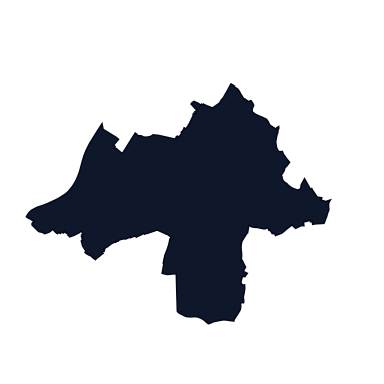 outline of Eijsden-Margraten, Limburg, Netherlands, rotated 31°
{"feature_id": "6326949B98773621915630", "entity_name": "Eijsden-Margraten", "entity_type": "district", "adm_level": 2, "iso_a3": "NLD", "parent_name": "Netherlands", "parent_adm1": "Limburg", "projection": "albers", "projection_center": [5.788, 50.805], "detail": "fine", "context": "isolated", "style": "filled", "palette": "ink", "viewbox_px": 384, "rotation_deg": 31, "n_neighbors": 0, "source": "geoboundaries", "source_scale": "gbopen_adm2", "svg_char_len": 5959}
<svg xmlns="http://www.w3.org/2000/svg" viewBox="0 0 384 384"><g transform="rotate(31 192 192)"><path d="M79.7,179.8L79.4,190.9L79.2,203.0L79.4,205.9L79.8,210.8L80.7,216.4L82.3,222.7L85.1,232.3L85.9,236.6L86.2,238.7L86.5,241.1L86.7,244.5L86.6,249.0L85.9,253.8L85.5,255.8L84.6,258.7L81.5,265.0L79.5,268.5L75.1,274.9L73.9,276.7L70.2,281.3L67.0,285.0L65.3,287.8L63.9,290.2L63.0,293.1L62.7,295.6L62.8,298.6L65.7,298.7L66.2,298.7L66.8,298.3L67.2,298.3L68.8,298.6L70.9,298.2L71.2,298.5L71.3,298.8L71.2,300.0L71.2,301.7L71.6,302.1L71.9,302.7L80.9,304.8L81.3,304.8L82.6,304.3L85.3,303.5L86.9,303.7L87.4,303.4L89.4,301.0L90.3,299.8L91.1,298.0L91.9,295.5L94.2,296.4L95.8,296.8L97.2,297.0L98.3,296.9L98.8,295.3L100.6,295.3L100.9,293.3L102.8,293.5L103.4,291.3L104.1,291.8L104.7,292.0L104.9,291.9L105.6,292.0L105.8,291.0L106.3,291.0L106.2,291.2L107.7,291.6L107.6,292.8L110.5,293.4L110.8,292.7L111.1,292.4L112.9,290.3L115.9,285.7L116.2,285.1L117.1,282.5L119.8,283.9L120.8,284.6L119.6,285.3L120.7,286.1L120.0,286.9L121.5,287.9L121.7,287.7L122.2,288.1L121.8,288.7L123.1,289.5L122.9,289.8L123.2,289.8L123.3,289.9L122.4,291.1L123.7,292.2L125.8,294.4L129.5,296.4L131.3,297.0L131.3,298.0L131.5,298.9L132.1,299.1L134.8,299.2L136.6,299.1L138.2,298.8L139.4,299.1L142.4,299.6L144.0,299.7L144.3,298.5L146.3,293.2L146.3,292.8L147.4,290.5L145.7,290.0L146.4,288.9L147.0,288.5L147.2,288.0L147.0,287.9L146.9,287.7L146.7,287.2L146.9,286.9L146.8,286.4L146.4,286.2L145.9,286.4L147.4,282.5L147.8,282.6L148.2,281.2L149.8,277.4L151.3,275.2L152.6,274.3L152.1,273.3L153.8,272.5L154.1,272.1L153.7,271.7L155.2,269.6L156.9,268.0L157.6,267.3L159.4,266.4L161.0,264.3L162.0,262.4L162.7,263.0L165.8,259.0L167.5,259.4L167.8,258.8L170.5,254.8L171.1,253.8L171.4,252.9L171.9,252.3L172.9,252.8L173.7,251.6L174.7,250.8L181.8,242.5L187.4,241.8L191.4,241.4L192.0,241.3L192.8,241.0L198.2,241.6L197.8,241.8L197.2,243.2L199.3,249.5L200.2,253.6L201.5,261.0L201.8,261.3L202.0,262.0L202.3,262.7L202.5,263.8L203.2,265.4L203.9,267.7L204.6,267.5L208.3,277.1L212.1,275.9L213.7,275.2L218.2,271.8L220.7,270.3L230.6,285.8L240.8,301.7L241.2,302.0L243.7,302.4L248.9,302.0L250.8,301.8L252.6,301.1L255.7,299.4L258.9,297.2L260.2,296.5L261.8,296.0L265.0,295.5L267.8,295.5L273.0,296.4L274.1,296.4L274.3,296.2L274.6,295.7L275.5,294.7L276.7,292.8L277.5,291.9L279.7,289.9L281.8,287.9L282.7,287.2L284.5,285.6L286.6,284.4L294.3,281.1L293.6,278.4L293.8,278.3L293.9,277.1L294.1,269.0L293.8,267.7L293.5,266.6L292.5,264.7L291.7,263.7L291.2,262.3L290.8,261.5L291.7,261.0L293.2,260.5L292.7,259.0L290.1,255.7L288.2,250.5L287.1,247.9L284.9,244.5L283.2,245.9L280.4,244.3L278.6,238.3L280.9,237.4L280.6,236.4L281.0,236.3L280.7,235.0L281.1,235.0L281.3,233.2L280.0,233.3L278.9,233.5L277.1,233.5L276.9,233.0L276.7,230.8L276.6,230.6L276.6,228.8L273.1,226.7L270.3,224.7L269.4,225.6L268.3,222.9L266.9,220.3L265.9,218.8L263.3,215.4L262.2,213.6L261.6,212.3L261.2,211.8L261.3,211.8L259.9,207.7L260.1,207.6L260.2,207.3L260.2,203.6L260.3,200.6L260.2,198.7L260.7,198.5L259.2,194.5L257.9,191.6L259.2,191.2L260.6,191.2L261.7,190.9L263.6,190.1L267.1,188.4L269.8,187.6L271.7,186.8L272.3,186.7L273.5,186.0L275.3,183.6L277.8,185.2L278.2,184.3L281.9,186.2L282.2,185.5L282.9,186.0L283.6,184.9L286.0,186.3L289.9,181.4L290.4,180.4L292.6,174.0L294.4,169.4L294.5,169.2L294.2,169.1L294.4,168.7L299.5,169.8L302.4,165.4L303.5,164.2L305.3,163.3L302.9,160.2L305.1,158.4L304.9,158.2L306.2,157.2L305.8,156.8L305.8,156.7L308.0,155.4L308.7,156.5L309.2,156.2L309.3,156.3L310.5,155.6L312.1,157.6L313.5,156.4L314.4,155.6L321.3,150.9L321.1,149.4L320.4,146.0L320.1,143.9L318.9,139.5L318.8,138.0L318.7,137.5L318.3,136.5L317.9,135.9L316.8,134.5L316.2,133.6L315.2,131.8L314.8,130.7L314.8,130.3L314.7,129.4L314.7,127.6L313.1,129.4L311.7,131.2L307.2,132.3L306.9,132.5L306.7,131.7L306.4,131.2L306.2,130.1L302.2,131.8L301.1,131.5L296.0,129.1L294.1,128.2L292.8,127.3L292.1,128.3L291.7,128.8L291.4,128.9L291.2,128.4L290.3,127.6L287.5,126.0L281.6,122.6L281.9,129.5L283.2,132.6L283.5,133.2L282.8,134.2L281.7,136.0L280.1,136.2L277.3,136.8L275.1,137.0L272.4,136.8L270.6,136.5L269.2,136.0L266.8,135.9L265.0,135.6L263.8,135.1L262.4,134.0L261.2,132.5L259.6,131.8L259.9,131.4L260.0,130.7L260.0,126.3L259.8,125.5L259.4,124.4L259.3,123.9L259.3,122.8L259.4,122.3L259.8,121.0L260.4,116.3L255.9,114.7L250.7,112.4L248.6,110.7L246.0,112.6L244.0,112.0L241.4,110.2L237.8,105.8L235.6,99.8L235.1,97.6L234.8,97.5L234.9,97.4L234.8,96.7L233.9,94.7L233.8,94.3L233.7,93.3L233.6,92.7L233.4,92.3L232.9,91.8L232.6,91.3L231.8,92.7L231.3,94.8L225.6,94.6L223.3,94.3L223.1,93.9L222.8,93.6L220.9,92.4L218.8,91.5L217.9,91.3L213.3,91.8L210.8,92.2L206.2,92.7L203.7,92.4L202.7,92.3L202.2,92.0L201.1,90.5L200.9,90.2L200.2,85.9L198.9,85.0L198.0,84.5L198.0,84.4L196.6,83.9L196.0,83.4L195.6,83.6L195.4,83.5L195.0,83.7L194.3,85.3L190.4,85.2L189.3,85.0L188.9,85.7L182.9,82.7L181.1,81.5L180.7,81.4L179.5,80.8L179.5,80.7L178.1,80.5L178.0,80.2L173.7,80.2L173.8,79.3L169.8,79.2L169.7,79.3L170.2,88.8L170.1,90.4L170.3,94.2L169.9,97.6L169.7,97.7L169.8,101.5L166.3,109.4L160.0,110.5L156.6,110.8L156.7,111.4L156.5,111.6L155.0,111.7L154.9,112.9L151.1,112.8L147.0,113.3L146.1,115.4L145.9,117.1L154.2,119.5L153.8,120.7L153.1,121.7L154.7,122.8L154.0,123.2L153.1,123.3L152.8,124.0L153.2,125.5L153.7,125.7L153.8,127.4L154.5,135.0L154.4,136.2L154.9,136.2L154.5,137.8L154.1,141.2L152.2,141.0L152.2,141.3L152.5,141.3L152.5,144.2L152.0,146.3L153.1,146.6L152.8,147.9L152.8,149.4L152.1,151.8L150.5,151.7L150.1,153.1L150.7,153.2L150.1,155.4L134.7,160.5L129.2,163.0L128.2,165.2L127.2,166.4L125.1,168.2L124.8,168.7L124.7,168.6L124.8,168.4L123.4,169.2L121.5,170.1L121.4,170.2L120.9,169.8L120.1,169.9L118.7,170.3L117.9,170.8L117.6,171.3L117.5,171.2L117.3,171.2L115.1,171.7L115.0,170.9L113.0,170.7L112.8,178.7L112.8,178.9L112.8,179.7L112.8,180.0L112.5,194.7L108.9,194.6L108.9,194.4L104.2,193.7L104.1,194.2L102.4,193.9L102.6,192.6L100.5,192.2L101.0,190.3L101.9,184.7L98.9,184.2L83.5,184.1L79.7,179.8Z" fill="#0f172a" stroke="#020617" stroke-width="1.5"/></g></svg>